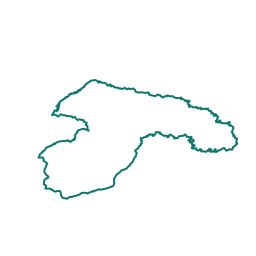 outline of Patía, Cauca, Colombia, rotated 249°
{"feature_id": "7082276B46133695651434", "entity_name": "Patía", "entity_type": "district", "adm_level": 2, "iso_a3": "COL", "parent_name": "Colombia", "parent_adm1": "Cauca", "projection": "equal_earth", "projection_center": [-77.047, 2.133], "detail": "fine", "context": "isolated", "style": "outline", "palette": "teal", "viewbox_px": 256, "rotation_deg": 249, "n_neighbors": 0, "source": "geoboundaries", "source_scale": "gbopen_adm2", "svg_char_len": 5813}
<svg xmlns="http://www.w3.org/2000/svg" viewBox="0 0 256 256"><g transform="rotate(249 128 128)"><path d="M79.2,93.3L81.1,95.3L83.3,95.7L85.7,96.9L88.6,100.7L89.5,104.2L90.6,106.3L90.9,108.0L90.6,109.0L90.6,111.5L91.0,112.8L92.3,115.0L92.2,115.8L92.7,116.8L93.4,117.0L94.1,118.9L95.4,121.0L96.7,121.9L97.2,122.9L97.9,123.2L98.4,124.9L99.8,125.7L101.2,127.1L102.1,127.1L103.6,126.5L104.7,127.1L104.9,128.5L105.4,129.4L105.4,130.4L106.7,131.3L107.3,133.5L107.9,134.1L108.5,134.1L108.8,135.4L110.1,135.5L110.7,136.3L112.2,135.7L113.9,136.3L113.1,137.8L113.6,139.6L113.3,141.3L113.4,141.8L113.1,142.5L113.8,142.8L113.5,144.4L114.1,144.6L114.3,145.5L114.2,146.5L113.5,147.2L113.2,148.8L112.8,148.9L112.2,148.3L111.5,148.7L112.3,151.2L114.1,152.4L113.8,153.4L113.3,154.0L113.0,155.6L112.4,156.2L111.4,155.6L110.6,156.7L107.8,158.7L106.9,161.5L106.3,161.8L105.2,161.6L105.1,162.7L106.7,164.1L106.7,164.7L106.1,165.9L104.9,166.4L102.8,168.1L101.7,167.4L101.5,167.7L100.9,171.0L102.0,172.5L100.9,177.2L101.5,178.7L101.3,179.3L98.7,179.7L98.2,181.2L97.2,182.3L97.1,183.6L96.7,184.0L95.4,183.2L95.2,180.4L94.7,180.0L94.2,180.9L94.9,182.8L94.0,183.5L93.6,184.9L92.3,184.6L91.7,183.6L91.8,182.5L92.9,181.4L92.7,180.7L92.1,180.8L91.7,182.0L91.0,182.3L89.7,181.8L89.1,182.0L88.5,183.6L88.0,183.9L87.3,183.2L87.2,180.9L86.8,180.4L86.1,180.5L85.6,181.0L84.8,184.0L84.4,184.4L83.2,184.1L81.8,185.4L81.8,186.4L82.3,187.5L82.1,188.4L81.6,188.6L81.5,188.0L80.8,187.7L80.0,188.0L79.5,188.8L79.0,190.7L78.0,191.8L77.9,193.0L79.4,196.5L78.4,197.8L77.6,198.0L77.2,197.6L77.0,195.9L76.5,196.3L75.4,198.8L75.3,199.6L75.7,200.4L76.7,201.0L76.9,201.7L76.8,202.1L75.4,201.8L74.5,201.1L74.2,201.3L74.0,202.9L74.6,204.3L74.5,207.4L74.9,208.8L75.0,210.1L74.8,210.6L73.6,211.3L72.5,211.3L71.6,211.8L71.7,215.6L70.5,217.1L71.3,218.4L72.5,219.0L72.8,221.0L74.2,224.4L74.8,224.4L75.7,223.7L79.0,226.0L79.3,225.9L79.8,224.8L80.4,224.3L81.4,224.2L81.8,224.7L82.4,224.7L83.1,223.4L84.3,224.3L87.0,223.4L87.6,224.3L88.4,224.6L90.2,226.4L91.2,226.6L92.9,225.3L93.6,225.1L93.9,224.6L93.8,223.6L95.0,223.1L95.6,223.2L96.4,224.9L97.0,225.0L97.2,224.3L97.0,222.4L97.2,221.2L99.0,217.2L100.1,216.3L101.0,216.8L102.1,216.4L102.0,215.8L100.8,214.4L101.5,213.7L101.8,212.5L103.1,212.6L103.7,214.3L105.1,214.9L106.0,216.1L106.8,215.5L107.9,215.3L108.6,212.5L109.2,212.7L109.5,214.3L109.9,213.8L110.1,212.7L111.6,212.5L111.7,211.1L113.9,211.7L114.4,211.3L114.9,210.0L115.2,209.7L116.5,209.3L117.2,209.6L117.3,208.5L118.2,208.0L118.0,206.7L119.2,205.0L119.0,204.0L119.2,203.0L120.3,202.6L120.8,202.9L121.0,202.4L120.9,200.6L121.9,199.8L122.2,199.9L122.5,199.3L122.9,199.5L124.1,195.9L125.2,195.4L125.6,194.5L125.8,192.7L126.4,192.8L127.2,193.8L128.4,192.7L129.0,192.6L130.5,194.3L131.6,192.5L131.9,193.9L133.4,190.9L134.8,190.2L135.8,188.8L135.9,187.9L136.6,187.8L136.9,188.7L137.2,188.7L138.0,185.5L138.7,183.9L140.0,182.1L141.5,181.3L142.6,178.5L144.2,176.7L144.2,176.2L143.8,175.8L144.4,174.3L144.1,172.4L144.2,171.1L145.2,170.9L146.0,169.8L147.0,169.7L148.3,168.1L148.5,167.5L148.0,164.5L149.0,163.5L149.5,162.4L151.6,159.7L153.1,160.0L153.9,159.7L154.5,156.8L156.6,153.2L157.0,151.3L157.8,149.7L159.5,148.0L160.8,148.3L162.9,147.3L163.2,146.1L163.2,144.9L163.7,143.6L164.4,143.4L164.6,142.9L164.6,140.9L165.2,140.3L166.8,139.5L166.4,137.8L166.6,136.6L166.9,135.9L167.5,135.5L167.9,134.0L168.8,133.6L170.6,130.2L172.7,128.9L172.9,128.4L172.8,127.4L173.3,126.8L174.6,127.3L175.2,126.0L174.9,124.9L175.1,124.0L177.5,123.5L179.0,121.6L179.4,120.1L180.2,119.3L180.6,118.5L181.4,118.6L181.9,117.4L181.1,117.2L181.0,116.7L182.9,116.0L184.5,114.8L185.5,110.2L184.7,108.2L184.5,105.9L184.0,105.2L183.8,103.8L183.0,102.7L182.4,102.4L182.4,101.5L182.0,101.4L181.8,100.7L181.7,98.9L180.9,98.1L181.1,95.4L180.8,95.2L180.4,95.8L180.3,94.3L179.8,94.3L179.9,92.6L180.2,92.5L180.2,92.2L180.0,91.9L179.4,92.2L179.3,91.8L179.4,91.4L179.7,91.7L180.5,91.1L179.8,89.0L180.7,87.3L180.7,86.5L180.1,86.5L180.3,85.8L179.9,85.3L180.0,84.5L179.2,84.2L178.8,83.1L179.0,82.5L178.7,81.9L179.1,80.9L178.3,80.4L177.9,77.4L177.4,76.9L177.5,75.8L177.0,74.8L177.2,74.5L176.6,73.7L176.2,72.6L175.6,72.8L175.0,71.5L174.7,71.7L174.5,70.6L174.2,70.7L174.1,71.6L173.8,71.7L173.8,69.7L172.8,70.7L172.6,70.1L172.2,70.0L172.3,69.4L171.5,69.0L171.1,69.9L170.6,69.0L170.2,69.0L170.2,68.3L169.7,68.5L169.7,67.9L169.3,67.5L170.0,67.1L170.5,65.5L169.5,64.7L167.9,62.3L167.3,62.0L167.2,63.4L166.7,64.2L165.6,65.6L164.0,66.5L164.0,67.5L164.9,69.9L164.6,70.7L163.1,72.1L162.7,73.5L161.4,74.7L159.0,79.6L157.6,80.0L157.6,81.3L157.3,82.4L155.8,82.6L153.5,83.8L153.6,85.8L151.8,88.1L151.2,89.3L150.8,89.4L150.1,89.0L149.6,89.2L147.6,91.2L146.0,89.7L145.0,90.5L144.2,90.7L141.9,90.0L139.8,90.1L140.0,89.7L140.9,89.2L143.4,85.9L143.7,80.9L143.1,79.7L142.4,79.5L142.3,78.5L141.6,78.3L140.3,75.9L138.2,75.4L137.5,74.2L136.8,74.5L136.8,73.6L136.3,73.3L136.7,72.1L136.3,71.7L136.0,69.9L135.8,69.7L136.1,69.6L136.5,68.3L137.5,68.2L138.1,67.3L137.9,66.7L138.2,66.3L138.2,64.7L139.5,61.5L140.2,57.6L139.8,54.7L139.2,53.7L139.3,53.0L139.8,53.0L139.1,50.5L139.2,49.9L138.9,49.6L139.1,48.4L138.8,45.8L139.1,45.0L137.0,42.1L136.8,40.0L136.0,39.7L136.0,39.0L134.9,36.3L132.4,34.1L130.9,38.0L129.1,38.1L127.6,37.4L124.9,39.4L123.7,39.8L121.8,37.7L121.0,37.4L119.5,35.5L116.9,34.1L113.5,34.9L111.3,36.2L110.7,36.1L110.2,35.6L110.2,33.7L109.4,31.3L106.2,29.4L105.4,29.4L103.4,30.9L102.0,30.2L101.2,29.4L100.2,31.1L99.3,33.5L98.5,34.5L97.4,34.6L96.3,35.9L95.1,36.7L94.6,37.6L94.6,39.3L93.5,41.7L92.5,42.2L89.5,41.4L87.0,41.6L86.0,42.3L83.8,45.9L84.3,47.5L84.4,49.2L83.7,51.3L83.8,53.6L83.3,54.9L83.3,58.5L83.4,59.9L83.8,60.2L83.7,62.6L82.8,64.9L82.2,65.6L81.8,66.6L81.3,66.9L81.6,68.1L81.5,70.5L81.7,71.4L81.4,73.1L80.9,73.5L81.4,74.7L81.1,78.9L79.9,81.5L79.2,88.1L79.2,93.3Z" fill="none" stroke="#0f766e" stroke-width="2"/></g></svg>